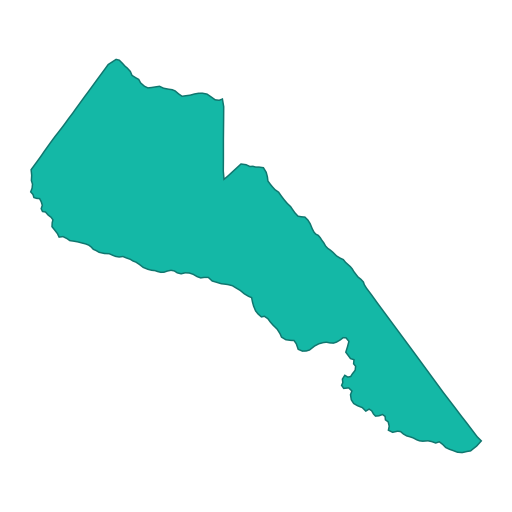 Jaguaré, Espírito Santo, Brazil (Albers equal-area conic projection)
{"feature_id": "56859067B91185304264110", "entity_name": "Jaguaré", "entity_type": "district", "adm_level": 2, "iso_a3": "BRA", "parent_name": "Brazil", "parent_adm1": "Espírito Santo", "projection": "albers", "projection_center": [-39.98, -18.968], "detail": "fine", "context": "isolated", "style": "filled", "palette": "teal", "viewbox_px": 512, "rotation_deg": 0, "n_neighbors": 0, "source": "geoboundaries", "source_scale": "gbopen_adm2", "svg_char_len": 3491}
<svg xmlns="http://www.w3.org/2000/svg" viewBox="0 0 512 512"><path d="M481.3,440.9L477.1,436.7L472.8,431.0L469.6,426.8L466.8,423.1L461.7,416.6L459.1,413.2L455.2,408.0L451.9,403.7L443.3,392.5L413.3,351.6L389.7,319.7L383.1,310.8L377.2,302.8L371.6,295.0L366.4,288.1L364.3,284.7L363.4,282.0L360.9,279.3L358.0,277.0L355.9,274.3L353.7,271.4L352.3,269.0L350.4,266.7L347.6,264.2L345.5,262.3L343.3,259.6L340.1,258.1L336.5,255.9L332.9,252.3L330.3,250.1L327.8,248.4L325.6,246.1L323.7,242.7L321.8,240.2L320.3,237.8L318.3,235.4L315.7,234.1L313.9,232.0L312.2,228.7L310.1,223.6L307.9,220.1L304.9,217.1L301.6,216.8L298.0,216.2L294.8,212.7L292.2,209.0L290.6,206.6L287.3,203.5L284.0,199.6L281.2,195.9L278.6,192.2L275.0,189.7L272.1,186.5L270.1,184.0L267.9,181.0L267.4,176.9L266.2,172.3L263.4,167.7L259.1,167.1L255.8,167.1L252.9,166.3L249.9,166.5L246.0,164.7L241.0,164.0L227.5,176.4L224.0,179.3L223.3,171.1L223.4,158.8L223.4,139.6L223.6,120.4L223.7,106.7L222.4,99.0L219.2,100.3L215.1,99.8L211.4,97.1L207.0,94.1L202.3,93.2L198.4,93.3L194.4,94.0L190.1,95.2L185.4,95.8L182.1,96.3L178.6,93.9L175.1,90.9L172.2,89.7L168.6,89.2L163.5,88.2L159.5,86.3L156.2,86.8L151.7,87.5L147.9,87.9L144.5,86.3L140.6,82.9L138.7,79.4L135.6,77.7L132.0,75.4L130.3,71.4L127.2,68.0L125.0,66.2L122.7,63.6L119.3,60.2L116.1,59.4L113.0,61.4L108.2,64.5L105.4,68.4L96.5,80.5L87.6,92.7L85.4,95.6L75.3,109.5L72.7,113.2L68.8,118.3L65.2,123.3L63.2,126.0L57.8,133.0L55.1,136.4L50.9,142.1L44.1,151.6L41.6,155.3L38.3,159.9L31.1,169.7L31.7,175.3L31.4,180.5L32.5,184.1L32.1,188.2L30.7,191.9L33.0,194.5L33.9,197.5L36.7,198.4L39.6,198.6L41.2,201.7L42.3,205.3L41.2,208.7L42.5,211.5L45.5,212.0L48.1,215.0L51.1,217.3L52.9,219.8L52.2,222.8L52.0,226.7L55.2,230.7L57.5,233.7L59.1,237.1L63.0,236.6L67.2,238.7L69.8,240.6L73.4,241.1L77.9,241.9L82.0,243.0L85.6,243.9L88.7,245.1L91.1,246.9L93.3,249.3L96.0,250.5L99.1,252.3L104.4,253.5L109.2,253.7L112.8,255.3L115.6,256.4L119.2,257.0L122.9,256.5L126.3,257.9L130.3,259.3L133.0,261.0L135.9,262.1L139.5,264.5L143.2,267.4L147.9,269.3L151.8,270.3L155.0,270.6L157.5,271.5L160.8,272.3L164.0,272.2L167.5,271.0L171.0,270.3L174.3,270.9L177.2,272.8L181.1,273.8L185.2,272.8L189.3,273.0L193.2,274.3L197.1,276.6L200.7,277.9L204.1,277.4L208.3,277.4L212.2,281.0L216.0,282.1L221.2,283.7L225.4,284.2L228.1,284.6L232.4,285.7L235.8,287.8L240.2,290.4L244.3,293.8L248.5,296.3L251.6,297.6L252.5,302.1L253.6,306.1L255.6,310.9L258.0,313.9L261.4,316.9L264.4,316.3L267.9,318.7L270.3,322.0L273.1,325.2L277.2,329.2L280.1,333.8L281.5,337.1L285.8,339.7L291.0,340.4L294.0,340.5L296.3,343.8L298.2,349.3L302.4,351.1L306.2,351.0L309.5,350.0L314.6,346.0L318.8,343.8L323.2,342.6L326.4,342.2L330.0,342.9L333.5,343.1L336.5,342.1L340.4,339.8L343.1,337.7L346.0,337.8L348.9,341.4L347.5,346.7L345.8,352.2L348.6,356.0L350.5,358.6L354.0,359.7L353.6,363.8L355.6,366.2L355.2,370.2L352.4,373.8L350.7,376.5L347.8,377.1L344.8,375.3L342.4,379.1L342.8,382.6L341.6,385.4L343.7,388.4L348.7,387.9L351.9,391.0L350.5,394.7L351.3,399.8L353.7,403.5L357.5,405.7L362.3,407.6L365.8,411.1L369.1,409.1L371.7,410.8L373.5,414.0L375.5,416.1L378.9,415.8L382.5,414.5L385.1,416.4L385.4,419.8L388.2,421.9L389.2,426.2L388.4,430.2L392.6,432.3L397.6,431.2L400.6,431.6L403.4,434.0L406.7,435.9L410.0,436.8L413.2,437.9L416.8,439.8L419.5,440.8L422.7,441.2L428.0,440.8L431.8,441.6L435.7,443.0L439.3,441.8L442.8,444.5L445.7,447.5L449.5,449.3L452.7,450.4L457.4,452.2L462.1,452.6L467.4,451.4L470.6,450.9L472.9,449.0L476.6,446.1L481.3,440.9Z" fill="#14b8a6" stroke="#0f766e" stroke-width="1.5"/></svg>